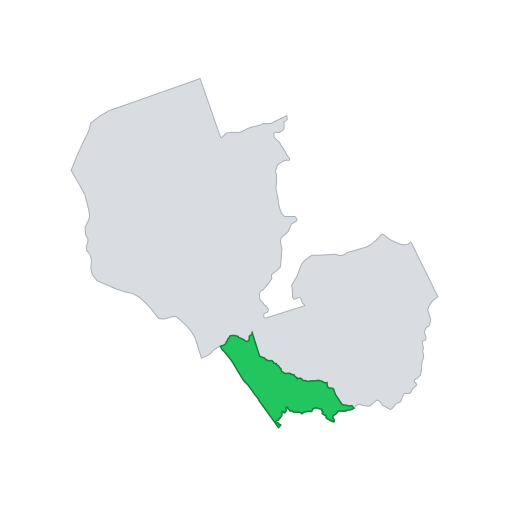 where Eastern sits in Zambia, rotated 73°
{"feature_id": "ZMB-518", "entity_name": "Eastern", "entity_type": "Province", "adm_level": 1, "iso_a3": "ZMB", "parent_name": "Zambia", "parent_adm1": "", "projection": "orthographic", "projection_center": [31.874, -13.313], "detail": "fine", "context": "in_parent", "style": "filled", "palette": "green", "viewbox_px": 512, "rotation_deg": 73, "n_neighbors": 0, "source": "natural_earth", "source_scale": "10m", "svg_char_len": 8634}
<svg xmlns="http://www.w3.org/2000/svg" viewBox="0 0 512 512"><g transform="rotate(73 256 256)"><path d="M337.8,338.0L316.8,338.2L309.1,340.0L302.9,342.7L295.5,346.9L291.2,349.7L290.0,351.3L289.5,354.8L289.6,360.2L288.9,364.1L286.7,367.6L275.4,372.0L268.1,375.6L260.9,379.9L255.5,385.4L251.9,392.0L245.9,400.3L233.3,415.1L225.9,418.0L219.6,417.5L211.9,414.6L205.9,414.2L201.5,416.2L197.3,415.7L193.5,412.7L190.3,411.7L187.7,412.6L184.5,412.5L178.4,411.0L173.1,405.9L170.2,403.9L168.0,403.1L161.8,402.4L147.5,401.7L132.9,404.7L120.1,407.8L106.4,396.7L93.2,384.8L90.3,381.8L85.4,377.9L81.8,376.0L80.4,375.1L76.5,364.3L74.1,354.3L70.0,257.6L128.8,255.4L132.5,254.9L132.7,253.9L129.8,248.8L129.9,246.9L130.5,243.4L132.9,236.3L133.0,234.0L131.6,226.4L131.5,222.1L132.0,213.5L131.5,210.6L132.8,206.7L133.2,204.1L133.7,203.0L133.0,200.0L131.5,189.8L130.7,185.6L134.3,186.1L135.5,188.2L136.2,190.4L137.9,190.5L142.1,191.8L143.6,193.6L144.7,197.7L144.2,199.8L142.9,201.6L144.3,203.0L147.1,203.9L148.8,203.6L153.5,200.6L157.8,199.5L160.1,198.7L169.9,196.6L171.8,195.5L173.2,195.5L174.2,196.3L173.3,199.2L173.1,201.8L174.4,206.6L175.4,208.9L177.5,210.5L179.0,211.3L180.7,213.0L184.1,212.6L191.7,214.9L194.0,216.0L197.2,217.1L199.4,217.5L207.2,218.2L215.4,219.4L219.7,219.4L222.7,219.0L224.8,218.2L226.1,217.4L226.7,216.7L229.6,207.4L231.2,206.6L233.2,206.1L234.4,207.0L235.8,212.8L241.9,217.9L244.0,222.3L245.5,226.1L246.8,227.1L249.1,228.4L252.7,228.8L255.9,228.9L272.0,235.1L273.8,236.2L275.8,239.7L277.0,243.5L278.3,246.6L280.4,247.2L282.2,247.4L284.0,249.5L285.4,251.3L290.3,258.9L291.0,261.9L293.3,263.9L296.4,264.7L299.3,264.8L300.9,263.9L305.0,262.3L308.1,260.4L310.4,259.8L311.8,260.1L312.9,261.4L313.6,265.2L315.9,266.4L317.5,265.9L318.2,264.4L318.2,263.7L317.8,223.9L316.4,224.2L314.6,225.3L310.3,225.5L308.7,226.3L308.2,227.6L308.5,229.3L308.6,231.5L308.0,232.6L306.2,233.0L303.5,232.2L298.6,231.1L294.5,230.4L291.6,227.5L287.6,223.0L285.0,220.8L278.7,216.2L277.6,215.2L275.7,213.1L274.0,209.4L272.4,205.1L271.5,202.3L273.0,198.1L276.5,184.3L277.3,180.0L280.3,175.6L280.5,171.7L279.2,166.7L279.5,163.9L279.7,148.1L278.8,143.2L276.7,137.7L272.1,130.0L272.1,128.4L279.1,123.3L281.1,121.4L284.7,117.3L287.2,113.9L288.7,111.1L289.2,107.4L288.0,104.0L290.4,103.3L348.0,94.0L348.9,96.4L350.6,100.3L352.6,103.1L355.1,105.7L357.2,107.2L358.6,107.6L367.5,107.4L370.7,109.0L373.5,110.9L374.2,113.9L376.0,115.8L378.0,117.3L378.8,117.5L380.3,117.1L382.6,117.1L384.8,117.7L385.9,118.4L386.0,120.9L386.7,122.0L389.7,122.5L392.7,122.7L395.7,124.4L398.9,124.7L402.5,125.4L404.3,127.3L408.2,129.2L413.0,130.9L418.3,133.7L418.4,134.5L419.3,136.2L420.2,137.4L420.3,139.1L420.7,140.7L422.1,141.1L423.2,141.2L424.2,140.1L425.6,140.1L427.2,140.9L427.7,142.7L428.9,145.2L430.8,147.0L432.1,148.6L431.7,151.6L430.8,154.4L433.5,157.1L436.9,159.7L437.8,160.8L438.1,164.7L438.6,166.0L440.9,169.2L442.0,171.3L442.0,172.5L435.7,178.8L431.8,179.7L430.1,181.0L429.1,182.4L431.6,188.7L432.9,191.0L431.8,194.0L429.3,199.1L428.1,199.5L427.9,203.4L428.6,204.8L429.9,205.9L430.3,208.5L430.2,215.0L428.6,222.3L431.4,228.7L432.4,229.4L436.2,229.5L436.9,230.1L436.0,231.9L433.2,234.7L428.3,236.9L421.2,239.2L419.7,241.6L418.7,244.9L419.5,246.9L420.4,248.1L420.1,251.0L419.5,254.1L419.7,256.6L419.3,258.7L418.4,259.8L417.2,263.0L415.6,266.3L414.4,267.8L412.6,269.4L409.8,270.7L409.9,271.3L413.0,272.8L413.9,273.9L414.2,274.6L412.8,276.3L414.3,277.3L416.1,278.1L417.7,280.3L419.7,284.4L420.0,284.9L420.6,284.9L421.6,284.5L423.6,282.8L425.0,282.2L426.7,284.6L397.1,294.6L390.2,296.7L379.8,300.3L376.5,301.6L373.8,303.0L346.4,311.0L342.1,312.6L332.5,316.7L332.1,317.3L332.3,319.2L333.1,323.0L334.9,326.4L336.3,328.4L337.3,333.5L337.8,338.0Z" fill="#d9dde1" stroke="#a8b0b8" stroke-width="1"/><path d="M430.4,207.0L430.7,211.2L430.5,212.4L430.1,213.6L430.1,214.1L430.5,214.8L430.6,215.3L430.5,215.8L430.3,216.3L430.0,218.0L428.7,221.0L428.6,222.1L428.6,223.2L428.9,223.7L429.8,224.6L430.1,225.0L430.5,226.1L431.1,228.4L431.7,229.4L432.8,229.8L435.2,229.1L436.4,229.5L437.0,229.5L437.3,229.7L437.4,230.3L437.1,230.8L436.1,231.4L435.9,232.0L435.4,232.1L435.2,232.3L435.2,233.1L434.9,233.5L434.0,233.9L433.6,234.2L433.1,235.0L432.4,235.6L431.7,236.1L431.0,236.2L430.7,236.2L430.2,235.8L429.8,235.8L428.9,235.9L428.6,236.0L428.3,236.5L427.7,237.6L427.3,237.9L427.0,238.0L426.8,238.1L426.6,238.2L426.5,238.3L426.3,238.5L426.2,238.8L425.7,238.9L425.2,238.0L424.9,237.8L424.6,237.7L424.4,237.8L423.9,237.9L423.6,238.0L423.3,238.3L423.1,238.4L422.8,238.2L422.7,237.9L422.3,237.7L422.1,237.8L421.6,238.2L421.3,238.7L420.3,240.6L419.1,242.3L418.7,243.2L418.6,243.8L418.7,246.2L419.0,246.6L419.8,247.1L420.6,247.8L420.9,248.6L420.7,249.6L419.8,251.5L419.3,255.2L419.3,255.7L419.5,256.3L419.7,256.9L420.2,257.6L420.3,258.0L420.2,258.4L419.2,258.7L418.4,259.7L417.8,261.0L417.3,262.9L416.9,264.6L416.3,265.9L415.4,266.3L414.8,266.4L414.6,266.8L414.5,267.3L414.5,267.9L414.4,268.6L414.0,268.9L412.8,269.1L412.4,269.4L411.5,270.1L411.1,270.2L410.5,270.0L410.0,269.9L409.7,270.2L409.6,270.9L410.0,271.9L411.0,272.1L412.1,272.1L413.0,272.5L414.2,274.2L414.4,274.6L414.1,275.0L412.9,275.5L412.6,275.9L412.8,276.8L413.7,277.2L414.8,277.5L415.8,277.8L416.3,278.2L417.9,280.2L418.0,280.7L418.1,281.2L418.2,281.7L418.5,281.9L419.1,281.9L419.3,282.0L419.5,282.3L419.5,282.5L419.4,284.3L419.5,284.8L420.3,285.8L420.8,285.6L421.8,284.0L422.3,283.5L422.7,283.3L423.8,283.0L424.1,282.7L424.4,281.9L424.7,281.7L425.2,282.1L426.2,284.0L426.7,284.6L424.4,285.4L421.6,286.3L417.6,287.7L412.1,289.6L406.8,291.4L402.0,293.0L398.6,294.2L395.7,295.2L393.1,295.6L391.9,296.0L389.5,297.1L386.3,298.2L382.1,299.6L377.6,301.1L375.4,302.2L372.5,303.8L369.8,304.8L366.5,305.6L362.4,306.6L359.1,307.5L358.5,307.5L354.1,308.6L350.9,309.3L346.5,310.9L343.8,312.0L340.5,313.2L337.5,314.7L335.2,315.9L332.4,316.3L331.9,316.4L331.8,312.4L331.6,311.5L331.5,311.4L331.1,311.0L330.9,310.6L330.6,310.2L330.3,310.1L329.8,309.8L329.6,309.7L328.2,307.8L328.1,307.7L327.9,307.6L327.2,307.3L327.0,307.2L326.9,306.9L326.8,306.5L326.7,306.3L326.5,306.0L325.7,305.1L325.0,304.5L324.8,304.2L325.0,302.5L325.2,301.3L325.4,300.9L325.5,300.7L325.8,300.1L325.9,299.3L326.0,299.0L326.1,298.8L326.4,298.4L326.7,298.3L326.8,298.2L327.0,298.1L327.2,297.9L327.3,297.6L327.4,297.1L327.5,296.8L327.6,296.6L327.8,296.5L328.3,296.6L328.5,296.6L328.9,296.5L329.1,296.2L330.3,294.5L331.2,293.7L331.5,293.5L331.6,293.2L331.7,292.9L331.9,292.7L332.0,292.6L332.3,292.4L332.7,291.9L333.0,291.7L333.8,291.3L334.2,291.0L334.4,290.7L334.7,290.2L334.9,289.8L335.0,289.4L335.1,289.1L335.1,288.9L335.0,288.5L335.0,288.3L334.9,288.2L334.7,287.9L334.6,287.6L334.4,287.4L334.2,287.3L334.1,287.2L333.7,286.9L333.2,286.7L331.7,286.2L330.9,285.9L330.7,285.8L330.6,285.6L329.7,282.9L329.6,282.6L329.4,282.5L329.2,282.5L328.6,282.4L328.2,282.3L328.0,282.2L327.9,282.1L352.6,281.8L352.9,281.7L353.2,281.6L353.4,281.2L353.6,280.9L354.1,280.4L354.6,279.7L355.3,279.3L355.5,278.7L355.4,278.2L355.7,277.9L356.1,277.8L357.0,277.2L357.3,277.0L358.2,276.9L358.6,276.7L358.4,276.1L358.9,275.6L359.0,275.5L359.8,274.7L360.0,274.2L360.5,271.9L360.9,271.2L361.8,270.8L362.1,270.4L362.4,270.3L363.3,270.4L363.7,270.4L364.0,269.6L364.6,268.8L364.7,268.4L364.8,268.1L365.1,268.1L365.4,268.1L365.6,268.3L365.8,268.1L366.1,267.8L367.3,266.8L368.0,266.4L369.6,266.1L370.3,265.6L370.6,265.3L371.3,265.1L371.8,265.2L372.5,265.4L373.1,265.4L373.6,265.2L376.2,263.3L376.9,262.3L377.3,261.0L377.5,259.7L378.1,257.8L378.3,257.6L378.9,257.4L379.2,257.2L379.4,257.0L379.4,256.7L379.7,256.0L380.1,255.6L380.6,255.1L380.7,254.3L380.9,254.3L380.9,254.5L381.0,254.6L381.1,254.8L381.6,254.4L382.3,254.1L382.7,253.7L383.1,253.3L383.3,253.2L383.9,253.1L384.2,253.0L384.3,252.8L384.4,252.5L384.8,252.7L385.1,252.6L385.3,252.4L385.7,252.3L385.5,251.6L385.5,251.0L385.6,250.3L385.7,249.8L385.7,249.6L385.7,249.3L385.7,249.1L385.9,249.0L386.1,249.0L386.4,248.9L386.8,248.5L386.9,248.3L387.0,248.0L387.4,248.0L388.0,247.8L388.7,247.5L389.0,247.2L389.1,246.6L389.6,245.2L389.9,244.6L390.2,244.4L390.4,244.3L390.6,244.2L390.8,243.5L391.1,242.9L391.2,242.5L391.2,242.1L391.4,241.0L391.4,239.9L391.5,239.6L391.6,239.4L391.8,239.1L391.9,238.3L392.2,237.9L392.9,234.7L392.9,233.3L393.0,233.0L393.3,232.6L393.4,232.4L393.4,231.9L393.5,231.7L393.8,231.5L394.1,231.2L394.3,230.8L394.7,229.8L395.1,229.4L396.7,228.2L396.8,227.8L397.3,227.1L397.6,226.5L397.8,225.8L397.8,225.1L400.5,225.7L402.4,225.7L404.0,224.0L404.5,222.1L405.9,220.7L407.8,220.7L411.8,220.5L419.1,218.3L423.4,217.0L424.8,213.9L426.9,210.4L426.9,208.8L427.5,207.9L428.8,207.3L430.4,207.0Z" fill="#22c55e" stroke="#15803d" stroke-width="1.5"/></g></svg>